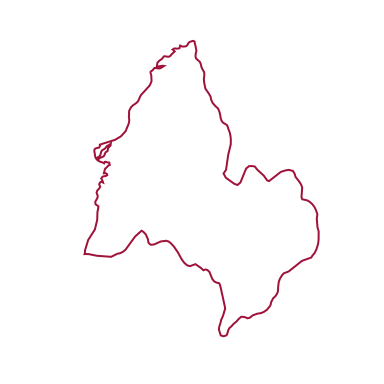 the border of Otago, rotated 168°
{"feature_id": "NZL-3407", "entity_name": "Otago", "entity_type": "Regional Council", "adm_level": 1, "iso_a3": "NZL", "parent_name": "New Zealand", "parent_adm1": "", "projection": "orthographic", "projection_center": [169.783, -45.312], "detail": "fine", "context": "isolated", "style": "outline", "palette": "rose", "viewbox_px": 384, "rotation_deg": 168, "n_neighbors": 0, "source": "natural_earth", "source_scale": "10m", "svg_char_len": 3836}
<svg xmlns="http://www.w3.org/2000/svg" viewBox="0 0 384 384"><g transform="rotate(168 192 192)"><path d="M310.0,153.6L309.2,155.3L308.9,156.9L303.5,166.7L294.8,175.5L290.5,184.5L288.6,192.3L287.5,194.6L286.5,197.3L287.6,198.7L288.9,200.0L288.7,202.5L285.8,205.8L285.1,207.3L285.1,208.5L285.3,209.7L285.5,211.1L284.4,213.1L282.3,214.5L280.7,216.2L281.2,218.9L280.2,220.2L279.3,220.8L278.3,220.7L277.0,219.7L277.1,220.9L277.3,222.0L278.0,224.1L276.7,225.3L275.7,225.7L272.9,225.6L271.4,226.1L271.4,227.2L272.5,228.3L274.3,228.6L272.4,232.5L271.8,233.1L271.0,233.4L270.0,234.0L268.4,235.3L267.8,235.5L267.3,235.4L266.9,235.4L266.8,236.4L266.8,237.4L266.8,238.0L267.2,238.2L267.8,238.3L269.0,238.7L270.0,239.4L271.0,239.6L272.0,238.3L273.4,239.6L275.4,240.6L276.9,241.8L276.9,243.3L275.6,244.3L271.9,245.0L270.3,245.8L268.8,248.1L268.3,248.8L267.6,249.1L266.7,249.3L266.0,249.7L265.0,252.4L262.1,254.3L261.4,256.2L262.8,255.4L265.5,254.7L267.9,252.7L271.3,251.4L272.4,250.4L273.6,247.9L274.5,246.6L275.6,245.9L276.5,245.7L277.4,245.2L278.3,243.6L279.0,245.0L279.3,246.7L279.0,252.7L278.3,254.1L277.1,254.7L275.5,254.8L274.0,254.7L273.6,254.8L272.9,255.5L272.4,256.2L272.5,256.9L272.3,257.5L256.5,259.0L250.0,261.2L244.3,265.3L239.9,271.7L238.7,274.3L238.4,275.5L238.1,278.8L237.4,280.8L237.3,281.8L236.7,284.2L235.3,286.2L233.6,287.9L232.0,288.9L228.0,290.6L226.1,291.8L224.5,293.8L223.2,295.8L221.7,297.5L211.2,305.0L208.6,308.6L207.6,314.3L207.8,317.3L207.4,318.4L205.3,319.2L203.5,320.7L202.9,321.1L201.6,320.8L199.1,319.8L197.8,319.6L196.5,319.8L194.3,320.7L193.1,321.1L194.3,321.6L200.4,321.9L198.9,325.7L196.5,327.3L193.8,328.4L191.3,330.5L190.3,330.4L188.3,329.6L186.2,329.1L184.6,329.8L183.7,330.7L179.7,333.1L180.1,333.6L180.9,334.9L181.3,335.4L179.3,336.1L176.8,335.3L174.4,335.2L173.1,337.7L171.5,336.4L171.0,336.2L168.4,335.8L167.1,335.9L166.1,336.6L164.6,338.3L163.7,339.0L162.8,339.3L160.2,339.6L159.1,339.5L158.2,338.5L158.4,336.3L158.2,335.0L158.3,329.2L159.5,326.8L160.4,324.0L160.3,321.8L157.2,317.5L156.8,315.2L156.8,312.3L156.1,309.4L155.2,306.7L155.7,303.4L156.8,300.6L157.3,297.4L157.4,290.3L154.9,284.3L154.0,281.3L154.1,278.5L153.3,274.8L151.2,271.1L149.2,268.3L148.5,264.8L148.4,261.6L148.6,258.5L148.3,255.7L147.3,253.4L145.0,251.3L143.7,249.9L143.3,246.0L142.9,243.8L142.7,241.9L142.7,238.8L143.1,235.3L144.2,230.5L148.9,220.7L154.1,206.6L157.3,203.5L155.9,198.9L148.8,191.1L146.0,189.4L142.6,191.3L134.2,203.7L130.9,205.4L127.9,204.9L125.3,203.9L123.4,200.1L118.4,193.1L116.0,187.6L114.3,186.7L100.9,193.2L95.8,193.7L92.7,193.5L88.9,191.6L87.8,188.4L87.6,185.3L85.1,180.2L83.7,176.6L83.3,173.4L86.0,164.1L85.7,162.0L81.3,160.0L79.1,158.1L76.9,155.2L75.3,151.8L74.5,148.3L74.0,144.2L75.5,140.0L76.6,131.2L76.3,127.2L78.1,119.0L79.5,114.9L82.2,110.1L84.8,106.7L87.3,104.9L89.0,103.1L98.7,101.8L113.9,94.2L119.0,93.4L121.1,92.0L124.0,88.9L125.8,86.1L127.6,80.8L128.1,78.6L128.9,76.3L130.3,74.5L132.1,72.7L134.8,71.1L137.6,67.6L138.4,65.6L139.2,64.5L142.9,61.4L146.5,59.8L149.8,59.2L153.7,59.4L158.6,58.6L161.5,57.0L163.9,56.9L165.2,57.9L167.2,59.0L169.8,59.7L172.9,58.0L175.5,56.0L178.8,54.3L181.6,52.3L183.9,51.0L185.5,48.9L186.6,46.6L188.0,44.7L189.9,44.4L191.4,44.4L193.7,45.8L194.3,51.8L193.4,54.5L191.4,57.9L190.1,60.8L188.4,63.0L186.5,66.0L185.5,68.1L183.9,70.7L183.7,73.1L183.8,92.9L184.0,95.6L184.5,97.2L186.9,98.3L189.1,100.2L190.3,103.1L191.6,110.3L193.1,112.4L194.9,113.4L197.1,113.1L199.2,116.0L203.6,120.7L209.3,119.9L211.8,121.1L214.2,124.2L216.0,128.0L218.4,136.0L221.1,142.5L223.4,146.3L225.1,148.4L227.5,149.7L233.0,150.1L239.8,148.6L242.8,148.8L244.2,149.8L245.2,152.0L244.9,154.4L245.4,157.4L246.1,160.3L247.8,163.1L249.4,164.6L256.9,160.3L269.1,149.3L271.9,147.9L274.9,147.1L278.0,147.1L284.5,145.4L298.3,149.4L306.4,152.9L310.0,153.6Z" fill="none" stroke="#9f1239" stroke-width="2"/></g></svg>